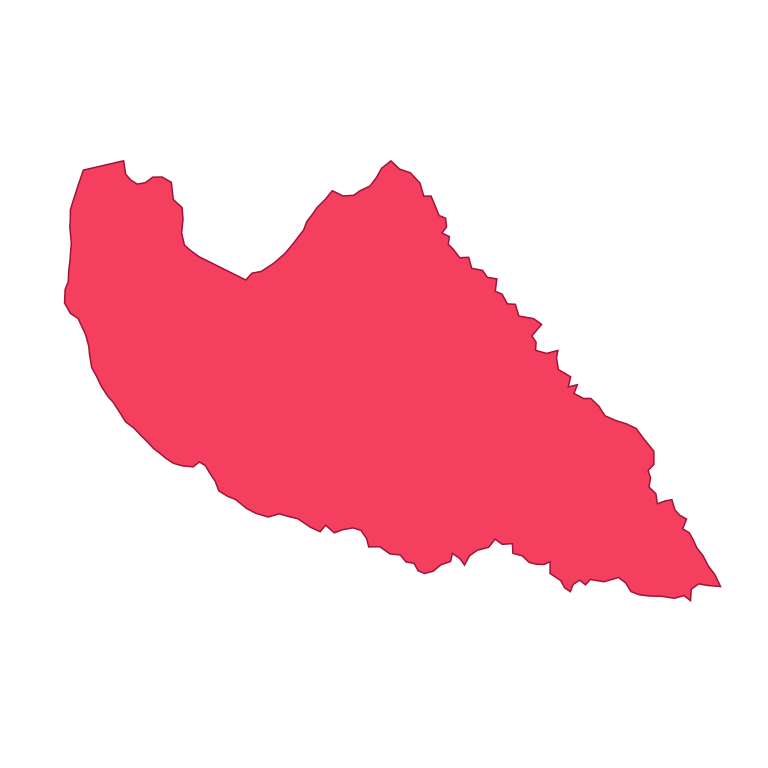 the district of Farol, Paraná, Brazil, rotated 172°
{"feature_id": "56859067B49307783824328", "entity_name": "Farol", "entity_type": "district", "adm_level": 2, "iso_a3": "BRA", "parent_name": "Brazil", "parent_adm1": "Paraná", "projection": "orthographic", "projection_center": [-52.642, -24.124], "detail": "fine", "context": "isolated", "style": "filled", "palette": "rose", "viewbox_px": 768, "rotation_deg": 172, "n_neighbors": 0, "source": "geoboundaries", "source_scale": "gbopen_adm2", "svg_char_len": 2588}
<svg xmlns="http://www.w3.org/2000/svg" viewBox="0 0 768 768"><g transform="rotate(172 384 384)"><path d="M110.6,126.7L108.3,138.0L100.1,142.3L91.8,139.5L78.9,136.6L82.9,149.2L88.1,158.5L92.1,169.8L96.9,177.9L99.6,187.0L102.5,194.3L108.4,199.1L103.2,208.1L109.4,212.9L113.5,218.9L115.0,229.4L121.7,229.1L130.0,227.4L130.0,237.4L135.9,245.1L133.1,254.1L134.5,261.6L127.9,266.9L126.1,279.8L135.2,295.0L140.4,304.8L149.3,310.7L159.6,315.6L169.5,321.7L174.3,332.1L181.3,341.0L188.3,341.8L197.2,348.2L192.6,356.4L201.9,355.4L198.2,365.2L209.3,374.0L209.5,386.1L207.1,393.0L218.9,391.7L229.2,396.3L227.6,404.3L230.9,411.0L219.6,421.1L226.9,428.0L241.0,432.5L242.8,444.6L250.6,446.2L254.6,456.5L260.9,460.3L257.6,472.4L266.8,475.2L270.6,482.8L281.1,486.4L282.5,497.7L291.4,498.5L296.6,507.7L300.9,513.4L298.7,520.8L305.6,525.5L300.2,530.8L299.9,539.6L306.0,543.2L308.6,553.4L311.2,563.5L318.5,564.6L320.4,577.9L328.5,589.5L338.7,594.7L346.1,604.0L356.3,598.0L362.8,589.5L370.3,582.0L380.9,578.7L387.7,575.1L398.3,575.9L408.3,582.6L416.7,574.8L425.9,567.9L431.1,562.2L437.9,555.6L442.1,547.8L454.6,535.5L463.7,527.2L476.3,519.0L489.8,512.6L499.4,512.1L506.4,506.2L549.7,536.0L557.4,543.6L562.3,549.2L563.4,561.8L560.1,575.1L559.4,586.8L567.0,596.0L566.5,613.3L575.0,619.9L584.3,621.0L592.3,616.6L600.5,616.3L606.3,621.2L610.6,627.6L610.8,641.3L651.9,637.7L658.9,624.0L666.2,609.0L670.4,599.9L671.8,590.4L673.3,582.9L674.0,567.1L676.1,557.9L677.7,550.3L680.2,541.0L682.5,529.2L686.6,522.0L689.1,508.7L684.7,497.5L677.8,491.4L672.6,474.4L671.1,462.3L671.5,454.8L671.2,441.0L667.8,432.2L664.2,420.9L659.1,410.0L654.6,403.4L648.4,389.9L645.1,382.5L637.5,374.8L631.9,366.8L626.0,359.1L621.2,352.2L616.0,347.0L610.6,341.0L603.3,334.6L594.4,330.8L584.5,328.5L577.7,332.5L572.3,328.1L569.3,320.8L564.6,310.9L562.4,301.1L554.7,294.7L546.9,290.1L537.1,279.6L528.6,273.6L517.1,268.4L505.8,270.0L496.6,265.9L488.0,262.5L476.7,252.3L467.8,246.6L461.5,252.3L453.9,243.5L445.0,245.5L434.7,245.8L427.1,242.2L422.7,233.2L421.8,224.8L410.8,223.4L401.7,214.9L391.7,212.4L387.0,204.7L379.2,202.3L376.2,194.3L370.1,190.7L361.2,191.8L353.0,197.0L342.8,199.0L339.8,206.7L332.9,200.3L329.5,193.5L323.2,202.0L314.7,206.4L303.1,207.7L295.6,214.9L289.3,208.8L279.1,208.0L279.9,198.4L271.0,194.6L265.1,187.1L258.2,184.3L250.7,183.0L244.2,184.9L246.0,173.3L236.4,164.8L233.5,157.1L228.4,152.4L224.6,159.2L217.6,162.5L212.4,157.1L206.9,161.7L193.8,157.6L178.6,159.7L172.3,153.2L168.3,144.0L160.2,139.6L150.6,137.1L138.1,135.0L126.4,131.4L116.3,132.7L110.6,126.7Z" fill="#f43f5e" stroke="#9f1239" stroke-width="1.5"/></g></svg>